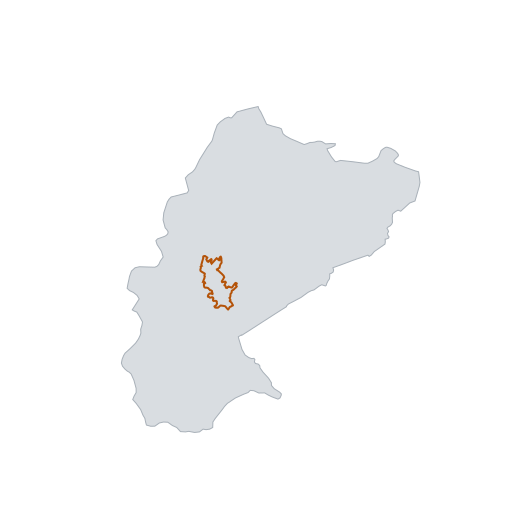 Sanguie, Sanguié, Burkina Faso shown in context, rotated 328°
{"feature_id": "67063806B51289395143870", "entity_name": "Sanguie", "entity_type": "district", "adm_level": 2, "iso_a3": "BFA", "parent_name": "Burkina Faso", "parent_adm1": "Sanguié", "projection": "albers", "projection_center": [-2.631, 12.224], "detail": "fine", "context": "in_parent", "style": "outline", "palette": "amber", "viewbox_px": 512, "rotation_deg": 328, "n_neighbors": 0, "source": "geoboundaries", "source_scale": "gbopen_adm2", "svg_char_len": 8395}
<svg xmlns="http://www.w3.org/2000/svg" viewBox="0 0 512 512"><g transform="rotate(328 256 256)"><path d="M370.5,314.3L358.6,314.9L354.3,316.3L351.7,316.3L351.6,315.2L351.3,314.6L336.2,311.1L325.7,309.0L315.0,306.7L314.4,309.0L312.9,310.5L310.6,310.6L309.0,310.2L308.0,312.0L306.2,314.3L303.7,315.4L301.3,316.9L300.0,318.1L299.0,318.2L296.5,315.2L293.3,315.0L287.2,315.5L284.5,314.7L280.8,314.4L272.0,315.0L257.9,313.9L255.6,314.5L255.0,315.1L241.1,315.2L225.8,315.4L213.0,315.6L201.8,315.7L201.8,315.2L198.2,315.1L197.8,316.1L194.6,327.8L194.3,334.2L196.0,338.2L197.9,340.7L200.0,341.7L200.2,343.2L198.5,345.0L198.6,346.9L200.6,348.8L201.1,350.9L200.1,353.0L200.4,358.2L201.9,366.3L201.9,371.6L200.5,374.0L201.1,378.1L203.9,384.0L204.4,386.4L203.4,387.6L201.1,389.1L198.8,389.0L196.1,385.5L194.9,383.9L192.7,380.4L190.8,376.7L188.3,375.2L185.8,373.7L182.8,369.1L179.9,366.9L176.9,367.6L172.4,366.7L163.3,365.5L153.6,365.8L149.6,366.9L145.6,368.5L135.5,372.1L131.5,373.9L128.4,378.5L125.0,378.3L121.6,376.8L119.4,374.8L114.8,375.2L110.4,373.1L106.1,369.1L103.0,367.8L98.9,364.9L97.9,359.4L95.3,355.5L93.1,350.2L89.6,347.8L85.6,346.4L80.0,346.7L76.4,344.5L73.5,341.3L74.3,338.6L75.7,334.8L75.8,331.1L76.8,325.1L76.3,317.6L75.4,312.4L78.4,310.2L82.0,308.3L84.2,304.7L86.6,296.8L87.6,289.9L86.9,287.3L85.8,285.3L84.9,282.3L84.4,278.7L85.1,275.5L87.8,272.6L91.1,270.2L93.5,269.0L99.8,267.9L107.7,266.1L112.3,264.1L115.6,262.0L117.5,260.4L119.4,257.0L122.4,254.5L124.8,251.8L125.2,244.5L125.2,240.4L123.5,238.1L122.5,236.1L134.2,230.5L134.3,226.4L132.7,221.9L130.4,218.3L129.6,215.1L132.9,211.5L135.7,208.7L137.8,206.4L142.4,202.8L147.2,201.9L151.4,203.3L164.1,211.8L166.3,212.3L169.0,211.7L172.3,209.5L176.7,207.7L178.3,202.1L178.2,193.8L179.2,190.0L181.5,189.3L188.8,190.9L190.7,191.0L192.8,190.5L194.3,189.0L194.3,186.3L193.9,184.0L196.3,176.2L200.7,170.5L209.4,163.2L212.2,161.8L215.3,161.0L231.0,166.0L233.6,164.8L237.4,152.4L241.6,151.2L246.8,151.0L250.1,150.0L251.8,149.1L259.2,144.4L272.3,138.0L279.4,135.2L280.8,134.2L285.8,129.6L292.5,124.4L296.8,123.3L302.7,122.9L306.4,123.7L307.4,125.2L308.6,125.9L316.3,123.7L327.4,127.1L337.0,130.4L336.4,132.6L336.4,136.5L335.7,142.6L334.8,149.9L338.8,154.6L343.6,159.6L344.9,161.6L343.7,166.6L344.6,169.6L347.2,174.5L351.5,180.6L355.9,187.0L359.0,187.8L361.9,188.3L363.7,189.4L366.2,190.5L368.8,191.2L371.0,192.5L372.5,193.9L374.4,197.8L379.3,200.4L382.8,202.9L381.5,204.2L377.1,203.8L373.1,202.7L372.6,204.6L372.5,211.9L373.2,217.9L374.2,218.7L378.3,219.7L388.1,227.4L397.0,234.7L400.0,236.6L404.9,237.3L410.3,237.5L412.7,236.8L417.9,232.9L420.7,232.5L423.3,232.5L424.7,233.1L427.3,236.1L429.8,240.7L430.5,244.1L430.3,245.9L429.5,246.6L425.2,247.6L423.3,248.3L422.9,249.3L423.6,251.6L424.5,253.0L429.3,259.6L436.3,268.4L438.5,270.7L437.3,273.4L434.0,280.5L431.4,283.4L420.0,293.6L414.4,292.5L402.5,294.7L400.7,292.4L397.9,292.2L394.5,292.6L393.3,293.5L392.9,294.5L391.7,295.9L389.6,299.8L387.9,300.9L385.8,301.5L383.2,301.4L381.7,302.0L381.7,303.9L381.3,305.6L379.5,306.5L378.8,308.4L379.0,310.3L377.9,311.1L375.7,310.7L374.4,310.2L373.1,312.6L371.6,314.3L370.5,314.3Z" fill="#d9dde1" stroke="#a8b0b8" stroke-width="1"/><path d="M204.0,286.6L204.7,286.4L205.4,286.0L206.7,285.4L207.0,285.4L208.3,285.6L208.7,285.5L210.0,285.7L210.3,285.6L210.4,285.4L210.4,284.7L210.4,283.9L210.5,283.5L210.5,282.9L210.5,282.4L210.3,282.0L210.3,281.5L210.3,281.3L209.9,280.7L209.8,280.4L209.9,280.2L210.2,280.1L210.8,279.9L211.0,279.8L211.0,279.6L211.1,279.3L211.2,278.9L211.2,277.9L211.5,277.0L211.6,276.7L211.6,276.8L211.8,276.9L211.9,277.0L212.1,277.0L212.3,277.1L212.5,276.9L212.8,276.7L213.1,276.4L213.2,276.2L213.5,275.7L214.1,274.9L214.4,274.6L215.5,274.3L216.0,274.0L216.3,273.7L216.6,273.1L217.0,272.7L217.6,272.6L218.9,272.7L219.2,272.6L219.5,272.6L221.6,272.1L222.1,272.1L222.3,272.0L222.6,272.0L222.9,271.8L223.5,271.7L223.6,271.3L223.6,271.1L223.5,270.8L223.3,270.3L223.3,270.1L223.6,269.8L224.4,269.5L224.8,269.4L225.1,269.2L225.1,268.9L224.6,268.1L224.3,268.0L223.7,268.1L222.8,268.4L221.5,268.9L219.4,269.9L219.1,270.0L218.9,269.9L218.6,269.8L217.9,269.1L217.2,268.2L216.9,267.7L216.8,267.8L216.5,267.9L216.3,267.8L216.1,267.7L215.7,267.3L215.4,267.4L214.8,267.7L214.6,267.8L214.4,267.8L214.3,267.6L214.0,267.2L213.7,267.0L213.7,266.9L213.8,266.6L213.9,266.2L214.2,265.5L214.2,265.2L214.1,264.8L213.8,264.3L213.7,264.1L213.8,263.9L214.5,263.7L214.9,263.3L216.2,262.6L216.4,262.5L216.5,262.4L216.5,262.2L216.4,261.6L216.3,261.4L216.2,261.3L214.1,260.6L213.5,260.4L213.4,260.3L213.5,259.6L213.6,259.4L214.0,259.1L216.2,258.1L216.5,257.8L217.8,257.2L217.9,256.9L217.9,256.2L218.1,255.5L217.9,254.7L217.5,252.7L217.1,251.5L216.8,250.4L216.5,249.0L216.3,248.5L216.3,248.2L216.1,247.9L216.0,247.7L215.6,247.5L215.6,247.2L215.7,246.6L217.4,246.7L217.7,246.6L217.9,246.6L218.3,246.6L218.7,246.6L218.9,246.6L219.1,246.4L219.7,245.7L220.9,244.6L221.4,244.2L221.9,244.0L222.8,243.7L223.1,243.5L223.3,243.4L224.5,241.2L225.1,240.0L225.2,239.7L225.3,239.5L225.5,239.4L225.5,239.2L225.4,239.1L225.4,238.9L225.5,238.7L225.7,238.3L225.8,238.0L225.8,237.9L225.7,237.8L224.8,237.9L223.9,238.4L223.9,238.5L223.9,239.2L224.0,239.6L223.8,239.9L223.4,239.9L222.7,240.2L222.4,240.0L222.2,239.6L222.0,239.0L222.0,238.7L221.9,238.3L221.8,238.1L221.6,237.4L221.4,237.0L217.6,238.1L214.3,239.0L214.3,238.8L214.3,238.2L214.3,237.6L214.3,236.5L214.6,236.4L214.8,236.5L215.7,236.4L216.0,236.2L216.3,235.9L216.4,235.6L216.5,235.1L216.4,234.9L215.3,235.0L214.8,235.1L213.8,235.1L213.5,235.2L213.2,235.1L212.7,235.3L212.4,235.4L212.3,235.5L212.2,235.4L211.9,234.7L211.9,234.2L212.0,233.3L212.0,232.6L212.2,232.4L213.5,231.8L213.9,231.5L213.3,230.2L213.1,229.8L213.0,229.3L212.5,228.8L212.2,228.7L211.8,228.6L211.5,228.5L211.4,228.4L211.2,228.4L211.0,228.5L210.9,228.6L210.6,229.0L210.4,229.3L210.5,229.4L210.4,229.6L210.2,229.8L207.0,232.6L206.8,232.9L206.6,233.0L206.2,233.3L206.0,233.6L205.8,233.8L205.3,234.1L205.2,234.2L205.1,234.3L205.0,234.5L204.9,234.9L204.9,235.2L204.8,235.4L204.8,235.5L204.6,235.4L204.4,235.4L204.1,235.6L203.5,235.7L203.5,235.8L203.4,235.9L203.4,236.0L203.2,236.4L203.1,236.6L202.8,236.9L202.7,237.1L202.2,237.5L201.8,237.8L201.7,237.9L201.4,238.4L201.1,239.1L201.3,239.9L201.8,241.0L202.3,241.9L202.9,243.0L203.2,243.7L203.2,244.0L202.6,244.5L202.1,245.0L201.9,245.2L201.8,245.4L201.8,245.6L201.8,245.9L201.8,246.2L201.3,246.5L201.0,246.9L200.8,247.2L200.7,247.2L200.4,247.5L198.8,248.7L197.4,249.8L197.6,249.9L197.9,249.9L198.1,250.0L198.5,250.8L198.5,251.1L198.6,251.4L198.6,251.6L198.5,251.8L198.5,252.0L198.4,252.0L198.2,252.1L197.8,251.9L197.7,251.9L197.3,251.9L197.3,252.0L197.2,252.2L196.7,252.6L196.4,253.0L196.3,253.3L196.0,253.8L196.0,254.1L195.7,255.1L195.8,255.4L196.0,255.7L196.2,256.0L196.5,256.2L196.9,256.4L197.1,256.5L197.3,256.6L197.7,257.1L197.8,257.1L198.2,257.5L198.3,257.8L198.5,258.1L198.5,258.3L198.5,258.7L198.5,258.8L198.6,259.1L198.8,259.6L198.9,259.8L198.8,260.4L198.9,260.8L199.2,260.9L199.6,261.2L200.0,262.0L200.1,262.3L200.0,262.7L199.8,263.1L199.6,263.3L199.5,263.6L199.4,264.7L199.3,264.9L199.2,264.9L199.0,265.0L198.9,265.1L198.5,264.6L198.4,264.5L198.4,264.4L198.1,264.3L198.1,264.0L197.7,263.6L197.4,263.5L196.7,263.2L196.3,263.2L196.1,263.3L195.8,263.4L195.2,263.6L194.9,263.7L194.5,264.0L194.3,264.2L193.9,264.5L193.7,265.0L193.8,265.3L194.0,265.5L194.4,265.9L194.5,265.9L194.6,266.3L194.7,266.7L194.8,266.9L195.1,267.0L195.3,267.1L195.5,267.3L195.8,267.4L196.0,267.4L196.2,267.5L196.4,267.5L196.7,267.6L197.1,267.9L197.1,268.0L197.3,268.3L197.4,268.5L197.5,268.6L197.4,269.3L196.7,269.9L196.1,270.6L196.0,270.9L196.0,271.2L196.1,271.5L196.4,271.8L196.5,271.8L197.0,271.9L197.3,272.2L197.6,272.4L197.8,272.5L198.2,272.9L198.4,273.0L198.5,273.3L198.6,273.5L198.6,273.9L198.5,274.0L198.0,274.8L197.9,274.9L197.8,275.6L197.6,275.9L197.4,276.0L197.0,276.2L196.7,276.3L196.2,276.6L195.9,276.8L195.5,276.8L194.8,276.7L194.3,276.7L194.1,276.7L194.0,276.8L194.0,277.4L194.1,278.1L194.4,278.4L194.8,278.7L195.6,279.3L196.2,279.6L196.4,279.7L196.5,279.7L196.8,279.5L197.1,279.6L197.8,279.5L198.0,279.4L198.3,279.4L198.9,279.3L199.2,279.2L199.5,279.2L199.8,279.3L200.1,279.5L200.5,279.8L200.7,280.1L201.1,280.3L201.4,280.6L201.6,280.7L202.4,281.5L202.9,281.9L203.3,282.5L203.4,283.0L203.4,283.3L203.6,284.9L203.7,285.4L203.8,286.0L203.8,286.3L203.9,286.5L204.0,286.6Z" fill="none" stroke="#b45309" stroke-width="2"/></g></svg>